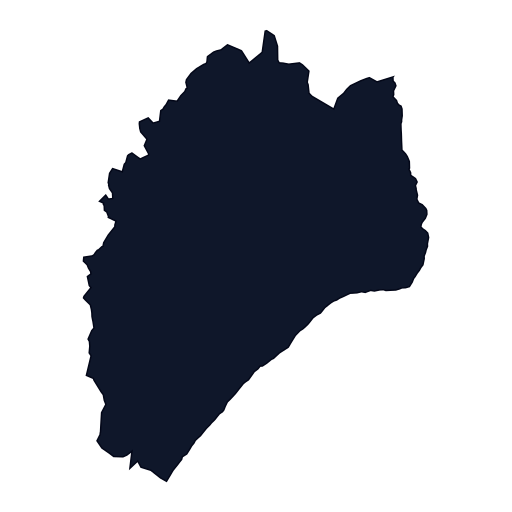 outline of Wase, Plateau, Nigeria
{"feature_id": "59680162B1443452948914", "entity_name": "Wase", "entity_type": "district", "adm_level": 2, "iso_a3": "NGA", "parent_name": "Nigeria", "parent_adm1": "Plateau", "projection": "robinson", "projection_center": [10.242, 9.037], "detail": "fine", "context": "isolated", "style": "filled", "palette": "ink", "viewbox_px": 512, "rotation_deg": 0, "n_neighbors": 0, "source": "geoboundaries", "source_scale": "gbopen_adm2", "svg_char_len": 3869}
<svg xmlns="http://www.w3.org/2000/svg" viewBox="0 0 512 512"><path d="M393.1,76.9L377.0,81.9L369.4,77.7L366.7,78.5L360.7,80.8L350.5,85.7L346.7,89.4L343.7,93.3L337.8,98.2L333.8,109.1L312.0,96.3L311.0,95.3L309.0,93.2L308.1,84.7L307.2,82.3L308.9,71.1L302.5,64.9L299.5,62.9L288.7,64.2L282.9,63.1L279.2,62.9L277.7,60.1L277.5,46.2L274.2,35.7L266.7,30.7L265.2,31.1L262.2,52.3L249.1,63.1L248.5,61.9L241.6,51.0L241.1,50.6L227.5,44.8L220.9,49.9L216.4,51.0L213.6,52.1L207.5,56.6L207.3,58.0L207.0,61.6L206.2,63.5L203.7,64.4L196.7,68.6L191.1,73.4L186.5,79.6L185.9,82.3L187.3,87.9L186.0,88.8L184.8,91.6L180.9,95.6L177.5,100.6L177.3,101.1L175.4,101.0L168.6,100.1L166.1,104.7L165.9,104.9L164.3,106.8L162.9,109.2L160.8,110.6L159.5,121.3L153.1,123.1L148.2,117.9L139.5,121.9L139.3,123.7L139.8,128.4L140.7,131.9L147.0,139.2L144.3,145.7L148.6,153.7L148.6,155.1L140.1,159.0L131.9,153.0L128.7,154.7L127.6,155.8L125.8,162.6L124.3,164.2L122.3,171.8L112.6,168.6L109.6,173.3L108.2,182.7L108.9,184.4L108.6,185.1L109.5,188.6L112.5,192.9L112.5,193.0L112.8,198.5L108.4,199.1L105.7,195.1L99.5,201.3L103.6,203.1L103.3,204.1L104.2,205.7L104.4,210.3L106.8,212.0L108.5,216.5L108.3,217.4L116.0,221.1L114.9,224.9L114.9,226.7L108.3,235.0L103.7,242.7L103.0,246.3L101.9,246.7L98.5,249.9L97.4,250.2L95.5,252.5L94.1,254.7L92.3,255.9L83.8,257.2L83.4,261.1L87.2,264.8L88.5,268.1L90.7,271.7L90.9,274.0L87.4,276.5L89.3,285.6L91.0,287.6L84.0,296.3L83.5,297.9L85.3,299.9L90.3,304.8L91.4,309.4L91.9,313.0L92.0,316.5L92.5,319.2L93.0,321.5L94.0,328.0L91.8,330.6L88.1,339.1L89.4,341.4L89.8,346.2L89.2,352.9L91.1,355.8L86.4,375.4L93.4,378.4L94.0,380.2L101.2,391.9L103.3,394.7L104.3,400.3L105.9,404.4L101.6,412.6L100.5,432.1L100.2,433.1L100.2,434.4L97.0,440.8L101.9,448.0L109.4,453.2L113.7,456.5L123.0,456.8L126.8,455.1L132.0,451.1L129.9,468.3L137.7,461.0L141.0,467.2L150.9,470.3L160.5,477.9L166.5,481.3L170.8,474.1L172.9,470.5L175.1,467.7L177.3,465.0L178.3,463.7L179.4,462.2L181.6,459.5L182.3,456.8L186.7,454.0L189.6,449.4L191.7,445.8L193.9,443.1L195.3,440.4L198.3,437.6L200.5,435.7L202.6,433.0L204.8,430.3L206.3,428.4L209.9,424.8L211.4,422.9L214.3,420.1L215.1,419.2L215.8,418.3L217.2,416.5L219.4,413.8L221.3,412.5L222.4,411.8L223.8,410.0L223.9,409.7L225.2,406.4L226.3,404.1L227.3,402.0L230.2,399.2L235.3,393.7L236.8,391.8L238.9,389.1L243.3,383.6L245.5,381.8L248.5,379.8L248.7,379.5L252.9,373.6L254.2,371.7L257.9,368.9L260.1,366.1L262.4,366.0L266.8,363.1L271.3,359.4L273.5,358.4L276.5,355.6L279.4,352.9L288.2,347.2L288.3,347.1L290.4,343.5L292.6,339.9L295.4,335.4L299.8,330.8L302.8,328.9L305.0,327.0L307.9,324.2L309.4,322.4L310.8,320.6L313.0,317.8L316.7,315.0L320.4,313.1L321.9,311.3L324.8,307.6L330.7,302.9L333.7,301.0L335.8,300.3L336.7,300.0L337.9,299.2L339.6,298.1L341.9,297.1L342.6,296.8L344.1,296.1L350.1,293.2L352.4,293.1L357.0,292.8L361.5,291.7L365.3,292.4L367.0,291.7L370.6,290.4L374.4,291.0L379.7,289.9L383.5,289.7L385.9,290.5L391.2,290.2L395.8,290.0L396.8,289.7L397.7,289.4L399.5,288.9L401.8,287.9L405.6,287.7L409.4,286.6L412.2,282.1L413.6,278.5L415.0,276.7L417.2,273.1L419.3,270.4L420.9,267.5L422.9,264.9L424.2,258.7L424.1,256.1L425.5,252.5L426.1,249.9L427.5,246.3L427.4,243.7L428.6,237.5L427.7,233.1L425.3,230.6L422.9,229.0L420.8,226.9L421.3,224.3L422.1,222.4L425.3,218.3L426.9,214.3L426.7,210.4L425.8,208.5L424.0,206.6L422.2,204.7L418.7,203.0L416.8,199.2L417.5,195.2L416.4,190.7L416.1,189.4L416.1,188.3L415.4,185.5L417.1,182.0L415.5,178.6L410.7,175.3L410.6,172.7L408.9,169.1L409.5,168.2L409.4,164.3L409.3,161.4L407.3,156.6L405.5,153.8L401.9,150.0L401.8,147.1L401.5,140.3L401.4,136.4L401.3,133.5L401.1,130.5L401.0,127.6L400.9,123.7L401.6,121.7L401.6,119.8L402.2,115.8L402.1,112.9L402.0,109.0L401.0,106.1L399.2,105.2L397.7,103.6L397.4,103.3L396.5,100.5L392.9,96.7L393.7,94.7L393.6,92.8L393.5,90.8L395.9,85.8L394.9,82.9L393.1,81.1L392.9,77.2L393.1,76.9Z" fill="#0f172a" stroke="#020617" stroke-width="1.5"/></svg>